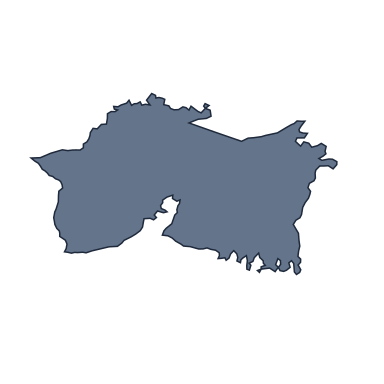 Renascença, Paraná, Brazil (Natural Earth projection), rotated 76°
{"feature_id": "56859067B237930900866", "entity_name": "Renascença", "entity_type": "district", "adm_level": 2, "iso_a3": "BRA", "parent_name": "Brazil", "parent_adm1": "Paraná", "projection": "natural_earth1", "projection_center": [-52.94, -26.22], "detail": "fine", "context": "isolated", "style": "filled", "palette": "slate", "viewbox_px": 384, "rotation_deg": 76, "n_neighbors": 0, "source": "geoboundaries", "source_scale": "gbopen_adm2", "svg_char_len": 3408}
<svg xmlns="http://www.w3.org/2000/svg" viewBox="0 0 384 384"><g transform="rotate(76 192 192)"><path d="M200.5,44.9L197.6,44.1L194.2,47.7L193.1,51.2L192.7,58.3L190.2,60.8L188.9,56.1L187.3,52.8L184.8,53.1L180.2,50.8L176.1,54.8L177.4,59.0L177.5,65.0L172.9,66.9L170.4,71.4L173.8,75.5L170.8,77.5L167.8,79.4L164.9,77.0L166.7,69.9L163.0,65.8L161.7,70.0L159.7,73.1L157.3,73.1L154.7,70.5L150.6,65.4L150.0,68.2L148.5,72.9L150.3,76.3L150.7,79.3L152.4,85.3L155.3,94.8L155.1,100.7L154.9,106.7L155.1,111.4L154.2,119.3L153.3,124.5L154.8,131.7L138.9,156.1L124.3,178.2L123.6,173.9L122.9,168.4L124.1,160.3L123.1,155.2L120.4,154.9L117.0,154.6L114.1,158.8L117.4,164.0L115.3,166.7L108.5,172.2L111.8,175.1L108.7,177.4L107.2,180.3L108.8,185.1L107.9,189.5L105.8,192.6L102.8,193.6L100.4,198.3L95.5,196.0L93.8,198.2L92.3,201.2L92.1,204.3L89.4,204.0L86.7,207.3L91.9,213.9L97.4,211.7L95.6,215.9L95.6,219.7L92.0,220.5L92.9,223.9L92.4,226.7L93.3,229.7L87.7,230.9L90.0,234.0L90.4,239.7L91.4,243.2L90.0,247.3L92.8,247.3L94.4,244.4L95.4,247.2L94.4,251.0L95.6,255.1L100.1,256.3L105.4,258.6L104.5,263.6L107.8,268.7L106.3,272.6L109.8,276.3L112.4,277.3L115.3,279.1L118.0,281.9L119.2,285.8L122.8,286.7L124.2,290.4L123.1,294.6L122.4,297.7L121.8,302.5L119.7,307.6L120.2,319.6L122.0,330.9L120.1,339.9L123.9,337.1L127.0,334.1L130.3,332.8L133.7,331.8L136.0,329.5L138.7,327.7L141.4,326.6L143.2,323.4L146.2,321.2L148.0,318.5L150.1,316.9L153.5,316.3L156.9,316.6L159.0,321.0L163.1,322.4L169.3,324.1L175.7,328.0L178.2,330.0L183.5,332.4L186.9,332.6L190.3,332.9L194.7,332.0L197.6,330.2L200.1,330.3L203.1,331.1L205.7,328.7L208.2,326.5L212.3,325.9L216.5,327.8L219.2,330.2L220.4,327.2L222.2,323.7L222.2,320.5L223.1,317.7L224.0,312.6L225.4,309.5L224.9,303.3L225.1,285.8L226.7,277.5L224.6,272.5L222.5,269.7L220.8,262.0L219.2,256.8L217.0,251.6L214.1,248.5L210.0,246.7L206.3,245.0L207.4,239.0L209.7,236.0L208.2,232.7L205.2,234.2L202.1,230.1L205.2,224.7L205.2,221.0L203.1,222.5L200.6,225.8L197.6,225.8L195.3,223.0L192.8,222.5L190.9,217.6L190.4,211.4L193.6,212.5L197.3,208.9L196.8,205.5L200.1,206.9L201.8,208.9L205.6,211.0L208.4,211.2L210.2,214.3L213.6,216.5L217.9,219.3L221.0,225.9L222.9,228.6L226.7,231.2L228.7,225.9L231.9,222.3L235.8,219.7L239.9,215.3L242.4,213.3L244.6,206.9L247.5,201.8L248.9,199.3L249.9,195.1L249.9,190.9L252.2,187.6L254.2,183.2L257.5,180.3L260.4,180.8L262.9,182.8L263.4,180.0L263.8,176.0L266.5,175.4L265.1,172.1L261.4,169.5L259.0,165.7L262.8,163.5L266.6,163.4L269.8,165.1L272.3,162.1L269.6,160.9L268.3,158.5L266.9,154.6L272.0,154.9L276.8,156.7L280.2,157.4L281.7,155.2L277.3,152.6L274.9,153.8L274.1,149.7L270.8,147.5L267.4,142.1L272.0,142.1L275.9,139.6L278.4,140.0L280.9,138.7L281.3,143.0L283.6,143.6L284.6,135.1L289.4,130.6L287.6,128.6L286.1,126.4L289.6,125.6L291.2,122.3L290.8,119.3L288.8,115.0L284.2,115.2L282.7,112.1L286.0,110.6L294.3,112.0L297.3,110.6L296.1,107.0L293.8,105.3L288.5,106.7L286.5,103.7L283.4,102.8L280.2,104.8L275.0,102.8L270.6,100.5L264.9,99.9L257.8,98.7L248.0,101.6L244.5,98.0L243.1,93.5L240.4,91.2L233.7,88.3L229.6,84.7L226.2,80.5L222.8,78.2L220.0,76.8L215.9,78.5L212.0,76.0L210.6,70.9L208.3,68.9L203.5,68.0L200.7,66.6L197.7,61.8L198.6,58.0L199.5,53.4L203.7,49.5L200.5,44.9ZM286.1,126.4L282.7,128.4L277.4,124.8L279.9,122.8L283.6,123.5L286.1,126.4ZM114.1,158.8L112.2,154.5L109.4,157.9L111.5,159.9L114.1,158.8ZM283.6,143.6L284.0,147.5L286.3,146.0L283.6,143.6Z" fill="#64748b" stroke="#1e293b" stroke-width="1.5"/></g></svg>